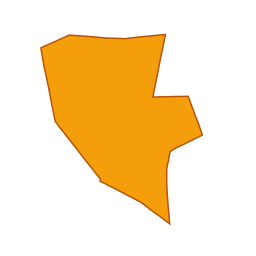 Peregu Mare, Arad, Romania, rotated 80°
{"feature_id": "2599482B68506151114116", "entity_name": "Peregu Mare", "entity_type": "district", "adm_level": 2, "iso_a3": "ROU", "parent_name": "Romania", "parent_adm1": "Arad", "projection": "equal_earth", "projection_center": [20.934, 46.249], "detail": "fine", "context": "isolated", "style": "filled", "palette": "amber", "viewbox_px": 256, "rotation_deg": 80, "n_neighbors": 0, "source": "geoboundaries", "source_scale": "gbopen_adm2", "svg_char_len": 1555}
<svg xmlns="http://www.w3.org/2000/svg" viewBox="0 0 256 256"><g transform="rotate(80 128 128)"><path d="M108.9,198.5L109.9,198.0L111.2,197.3L113.6,196.1L125.1,190.0L140.4,181.8L150.6,176.5L160.5,171.1L166.5,167.9L169.1,166.5L172.8,164.4L173.2,163.9L175.7,164.7L178.8,160.3L181.9,156.3L185.8,151.0L194.5,139.8L200.2,132.2L203.2,128.4L207.9,124.0L210.1,122.0L211.7,120.6L213.7,118.8L215.1,117.4L219.7,112.8L222.8,109.9L225.3,107.6L228.7,104.4L229.7,103.6L226.8,103.3L223.8,103.1L220.8,102.8L218.3,102.5L215.4,102.3L211.9,102.1L207.0,101.5L203.0,101.1L197.6,100.6L193.0,100.0L188.5,99.3L184.6,98.7L179.6,97.8L174.9,96.9L171.0,95.5L167.5,93.9L163.8,92.6L163.0,92.3L160.3,91.3L158.6,90.7L158.0,89.0L157.1,87.0L155.6,83.3L154.5,78.6L153.3,74.5L152.1,70.2L151.6,68.7L150.6,65.4L149.2,60.6L148.4,57.8L147.7,56.0L144.8,56.5L142.0,56.9L138.0,57.5L134.1,58.2L130.1,59.0L127.5,59.7L126.1,59.9L121.9,60.5L118.0,61.3L114.0,62.0L111.6,62.4L107.2,63.2L106.7,66.7L106.0,71.1L105.2,76.0L104.7,79.2L103.9,84.2L103.3,88.4L102.7,92.1L102.2,96.0L101.8,98.1L100.7,97.7L98.4,96.8L94.7,95.4L92.8,94.6L89.2,93.2L85.6,91.8L82.0,90.4L78.4,89.0L74.8,87.6L71.0,86.2L65.3,84.0L61.5,82.5L57.6,80.9L53.7,79.3L49.3,77.6L46.7,76.6L42.4,74.9L42.3,76.2L42.1,78.5L41.8,82.0L40.3,101.6L39.5,115.4L35.5,134.3L35.0,136.2L31.0,150.9L26.3,169.8L26.4,170.0L26.5,170.4L26.6,170.8L26.6,171.0L27.2,173.4L30.9,187.8L33.2,197.1L33.8,199.2L34.0,199.9L36.3,199.9L37.2,199.9L50.2,200.0L53.4,200.0L62.2,199.6L76.9,199.1L91.0,199.0L108.9,198.5Z" fill="#f59e0b" stroke="#b45309" stroke-width="1.5"/></g></svg>